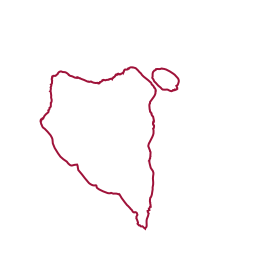 the district of Tutuala, Lautém, East Timor, rotated 320°
{"feature_id": "22284137B2107732035789", "entity_name": "Tutuala", "entity_type": "district", "adm_level": 2, "iso_a3": "TLS", "parent_name": "East Timor", "parent_adm1": "Lautém", "projection": "equal_earth", "projection_center": [127.23, -8.446], "detail": "fine", "context": "isolated", "style": "outline", "palette": "rose", "viewbox_px": 256, "rotation_deg": 320, "n_neighbors": 0, "source": "geoboundaries", "source_scale": "gbopen_adm2", "svg_char_len": 5569}
<svg xmlns="http://www.w3.org/2000/svg" viewBox="0 0 256 256"><g transform="rotate(320 128 128)"><path d="M62.6,88.5L60.5,91.5L59.0,96.2L58.1,102.5L57.8,106.5L58.4,110.4L59.5,114.4L59.4,116.8L59.7,118.8L60.0,119.6L60.4,120.2L60.9,120.7L63.4,121.9L65.5,123.3L65.3,124.0L64.8,125.1L64.4,125.6L62.9,128.3L62.9,133.9L62.7,138.8L62.7,142.5L62.7,145.0L62.9,146.0L63.6,148.1L64.4,149.5L65.3,150.4L66.4,151.1L66.7,151.5L66.7,151.9L65.9,153.3L65.8,154.2L66.1,155.3L66.5,156.7L68.2,160.5L70.6,164.8L71.5,165.8L72.3,166.5L73.3,166.8L74.6,168.9L75.7,169.7L77.1,171.0L77.8,172.0L78.1,172.7L78.3,172.9L78.7,172.9L78.8,173.4L78.1,177.7L77.8,182.9L77.7,186.6L77.9,187.5L78.1,191.0L78.0,191.6L78.2,193.1L78.1,194.0L77.9,194.9L77.9,195.3L78.1,196.2L78.4,196.4L78.7,196.8L79.0,196.8L79.8,197.5L80.1,198.5L80.1,198.8L79.4,200.6L77.5,201.3L77.1,201.7L76.7,202.4L76.3,202.6L76.0,204.0L74.9,206.9L74.5,207.2L73.8,207.4L73.7,207.7L73.8,208.4L73.8,209.5L73.9,209.8L74.5,210.1L74.6,211.6L75.1,212.1L75.9,212.6L76.0,212.9L76.1,214.4L76.4,216.2L77.0,215.8L78.1,215.7L78.7,215.5L79.7,214.6L81.9,211.8L83.0,210.6L84.0,209.8L86.9,208.2L88.2,207.2L88.6,206.7L88.9,206.7L89.2,204.9L89.7,204.2L90.1,204.5L91.1,204.4L91.3,204.6L91.6,204.7L92.0,204.0L91.8,203.7L92.0,203.4L92.1,203.5L92.3,203.4L93.4,203.0L94.2,202.5L94.8,202.9L95.2,202.1L95.8,201.6L96.0,201.0L96.7,199.8L97.2,199.3L97.2,199.0L97.6,198.3L98.9,196.9L100.4,195.7L101.3,195.6L101.9,195.3L103.5,194.3L105.9,192.2L107.5,190.8L108.6,189.4L111.0,187.4L112.4,185.8L114.7,182.6L116.4,180.9L117.9,179.6L118.7,178.6L119.4,176.9L119.7,173.9L119.9,172.9L121.8,169.0L122.5,167.8L123.0,167.2L123.2,166.8L123.1,166.6L124.0,166.3L125.0,165.5L125.4,165.5L126.3,164.5L127.1,164.1L127.3,163.6L129.5,161.3L129.9,160.6L129.9,160.0L130.3,159.5L131.8,155.1L132.2,154.6L134.2,153.2L134.7,153.1L141.0,150.4L142.7,149.5L144.1,148.5L146.0,146.3L146.5,145.4L146.8,144.7L147.5,144.7L148.0,144.2L148.4,144.1L148.5,144.0L149.1,143.4L149.6,142.7L149.6,142.2L149.4,142.0L149.4,141.6L150.0,140.6L150.5,140.1L150.9,140.2L151.2,139.7L151.7,139.8L151.8,139.4L152.1,139.5L152.4,139.4L154.6,135.3L154.4,134.7L154.5,133.5L154.8,132.8L155.1,132.6L155.0,132.2L155.5,131.5L155.4,131.1L155.6,130.0L155.6,129.9L155.4,129.9L155.4,129.7L156.5,128.0L156.6,127.6L158.8,124.5L159.8,123.5L160.5,123.4L160.9,123.1L161.5,122.3L161.8,122.2L168.2,120.6L170.0,119.9L171.4,119.0L172.9,117.3L173.2,117.4L173.7,116.6L174.0,115.7L174.2,114.3L174.0,114.1L174.0,113.8L174.4,112.8L174.4,110.9L174.2,110.2L174.2,109.8L174.6,109.0L174.7,108.0L174.2,104.4L173.0,98.6L172.8,96.2L173.0,94.6L172.7,92.3L172.7,90.0L172.5,88.7L172.5,87.8L172.1,86.7L170.7,84.7L170.4,84.6L170.1,84.1L169.1,83.3L167.7,82.8L167.2,82.8L167.0,83.0L166.7,82.7L166.3,82.8L166.1,82.6L165.8,82.9L165.4,82.9L163.7,81.8L163.5,81.4L162.9,81.2L162.1,81.4L161.5,81.7L161.3,82.0L160.5,82.4L160.6,82.2L159.9,82.4L158.5,82.4L157.8,82.0L156.9,82.1L156.4,81.8L156.2,81.3L155.7,81.2L155.5,80.8L155.5,80.4L154.9,80.4L154.7,79.8L154.3,79.8L153.7,80.2L153.2,79.9L153.1,79.4L152.2,79.5L151.8,79.7L151.7,79.9L150.8,80.1L150.0,80.1L149.7,79.8L149.2,79.8L148.8,80.1L148.0,80.0L147.2,80.4L147.2,79.8L146.9,79.4L146.0,79.1L145.1,78.6L144.7,78.7L144.3,78.4L143.9,78.4L142.4,77.3L141.3,76.9L140.3,75.5L139.8,75.5L139.7,75.2L139.2,74.9L138.1,75.4L137.0,75.2L136.1,74.8L135.7,75.1L135.2,75.1L134.9,74.9L134.8,75.1L134.5,74.9L134.2,75.1L133.8,74.7L133.8,74.3L133.9,74.1L133.7,73.8L132.2,72.8L130.8,71.2L129.8,69.4L129.8,69.1L129.6,68.7L129.3,68.4L128.8,68.3L127.9,67.7L127.8,67.3L127.6,67.3L126.8,66.3L125.2,62.9L123.7,60.3L123.2,59.0L122.9,58.9L122.3,57.4L122.2,57.5L121.7,57.3L121.5,56.8L121.4,56.9L121.1,56.8L119.8,55.4L119.0,53.8L118.7,52.9L118.4,52.6L118.2,52.1L117.3,51.0L116.7,49.4L116.7,49.0L116.9,48.9L116.6,47.1L116.0,45.3L115.3,44.4L114.0,43.2L113.1,41.6L112.8,41.4L112.7,41.4L112.0,41.0L110.8,40.8L109.7,41.0L108.9,41.4L108.2,41.5L107.6,41.3L106.2,41.5L105.6,41.2L104.7,40.3L104.2,40.0L103.7,40.1L103.3,39.8L102.8,40.0L102.5,40.2L102.3,40.8L102.1,40.8L102.0,41.0L101.2,41.3L101.0,41.7L100.8,41.8L100.6,42.1L100.6,42.6L100.4,42.9L99.9,43.3L99.8,43.5L99.4,43.8L98.7,44.7L98.1,45.1L97.3,45.3L96.9,45.2L96.8,45.8L96.4,46.4L95.7,46.7L95.4,46.9L94.9,47.1L94.9,47.3L94.3,48.2L92.4,49.9L92.0,49.9L92.1,50.3L92.0,50.7L90.1,53.7L88.7,55.2L87.6,57.4L86.9,58.2L86.2,58.8L85.0,59.2L85.0,59.4L84.4,59.9L82.8,61.8L81.8,62.2L80.8,62.1L80.3,62.7L79.6,63.2L78.8,63.4L78.3,63.3L78.2,63.7L78.0,64.0L77.3,64.6L76.9,64.7L73.8,64.7L71.6,65.1L69.8,65.9L69.5,65.8L69.5,66.0L69.1,66.3L68.4,66.1L68.3,65.9L68.0,66.1L67.5,65.8L67.4,65.6L66.9,65.5L66.7,65.6L66.8,65.8L66.6,65.9L66.7,66.0L66.5,66.4L66.2,66.4L65.9,66.8L65.3,66.7L64.0,69.4L64.0,69.8L63.5,71.2L63.2,72.6L63.2,73.1L63.7,75.1L64.0,79.2L64.0,83.9L63.5,86.4L63.1,87.6L62.6,88.5ZM186.2,101.3L185.2,100.9L183.0,101.3L181.7,102.3L179.9,104.4L179.1,104.9L178.8,105.3L178.7,107.0L178.1,109.0L178.1,109.4L178.3,111.5L178.4,115.0L179.0,118.1L179.0,119.9L179.4,121.0L181.2,122.6L182.6,123.6L183.2,124.4L183.9,126.2L184.9,127.7L185.7,128.0L186.0,128.1L186.5,127.9L186.9,127.9L187.1,128.0L187.3,128.6L187.7,128.7L187.9,128.6L188.1,128.7L188.2,129.1L188.4,129.2L188.8,129.1L188.9,128.9L189.0,129.0L189.5,129.5L190.0,129.7L190.8,129.7L190.9,129.4L191.1,129.4L191.6,128.8L192.1,126.8L193.4,127.0L193.7,126.8L194.0,126.8L194.9,126.3L196.6,125.2L197.3,124.4L197.7,123.7L198.1,122.6L198.2,121.8L198.0,117.2L197.5,115.1L196.4,111.5L194.8,107.7L193.5,105.8L192.6,104.9L192.2,104.2L191.5,103.8L191.1,103.8L189.7,102.9L188.6,101.8L187.3,100.9L187.0,101.0L186.7,101.3L186.2,101.3Z" fill="none" stroke="#9f1239" stroke-width="2"/></g></svg>